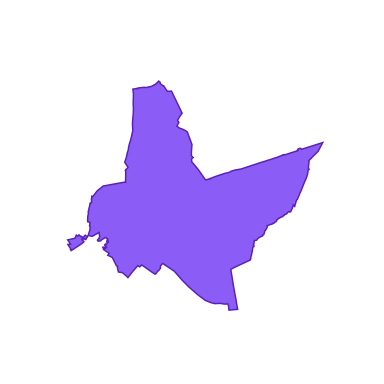 Daugavpils, Daugavpils, Latvia (Mercator projection), rotated 43°
{"feature_id": "27541924B86608938053042", "entity_name": "Daugavpils", "entity_type": "district", "adm_level": 2, "iso_a3": "LVA", "parent_name": "Latvia", "parent_adm1": "Daugavpils", "projection": "mercator", "projection_center": [26.527, 55.896], "detail": "fine", "context": "isolated", "style": "filled", "palette": "violet", "viewbox_px": 384, "rotation_deg": 43, "n_neighbors": 0, "source": "geoboundaries", "source_scale": "gbopen_adm2", "svg_char_len": 5887}
<svg xmlns="http://www.w3.org/2000/svg" viewBox="0 0 384 384"><g transform="rotate(43 192 192)"><path d="M299.1,242.0L297.7,240.8L297.5,240.7L288.2,233.8L273.1,222.1L274.4,218.4L281.0,201.9L280.8,201.4L280.7,201.2L279.8,199.9L279.2,199.2L278.5,197.6L276.6,194.6L276.6,194.3L274.4,191.3L274.2,190.2L274.5,189.6L274.1,189.3L272.9,188.2L272.8,188.3L272.5,187.6L272.1,186.9L270.7,185.0L271.2,184.3L271.9,183.6L272.1,182.9L272.0,182.3L271.9,181.2L272.1,179.9L272.6,178.2L273.4,176.4L273.5,176.2L273.2,175.9L273.0,175.1L273.3,174.9L273.5,174.6L273.4,173.9L273.2,173.6L272.6,172.1L272.2,171.7L271.9,171.0L271.9,170.1L271.7,169.8L271.8,169.5L271.6,168.3L271.1,166.9L270.5,165.8L270.0,165.4L270.1,165.2L271.2,162.9L271.9,161.6L272.3,161.0L272.6,160.5L272.7,160.2L272.5,159.8L272.6,159.4L272.7,159.2L273.0,159.2L273.3,158.2L273.2,157.8L273.3,157.4L273.5,156.8L273.7,156.3L273.6,156.0L273.4,155.7L273.4,155.0L273.1,154.8L273.0,154.5L273.1,154.2L273.3,153.9L273.3,153.7L273.2,153.5L273.2,153.3L273.3,152.6L273.5,152.4L273.6,152.0L273.7,151.8L273.8,151.5L273.7,151.2L274.0,150.6L274.1,150.1L274.1,149.9L274.4,149.5L274.7,149.0L274.8,148.8L274.8,148.3L274.8,148.2L275.0,148.1L275.1,147.6L275.0,147.0L275.0,146.7L275.3,146.4L275.2,146.0L275.1,145.7L275.2,145.1L275.6,144.8L276.1,143.5L276.0,142.6L275.9,141.8L276.2,140.1L277.2,140.0L277.6,139.3L277.5,138.7L276.9,137.0L276.5,135.5L275.9,134.6L275.7,133.7L274.9,132.5L276.9,132.5L274.0,126.8L274.1,125.5L273.2,123.3L272.6,121.4L271.7,119.2L271.2,117.4L270.5,115.7L267.3,107.5L266.8,105.7L265.7,103.0L265.2,101.8L263.4,98.7L262.0,96.7L262.0,96.2L262.3,95.7L262.0,95.4L261.1,95.4L260.3,94.5L259.4,93.4L256.7,89.7L256.3,89.6L256.0,89.4L256.2,86.2L256.2,83.9L256.2,82.4L256.5,76.3L254.7,69.6L253.9,66.7L243.0,86.1L242.0,85.9L240.9,86.7L240.3,88.0L240.5,89.4L241.2,89.5L234.1,102.3L233.6,102.1L233.2,102.9L232.4,104.9L230.3,109.2L229.1,111.1L227.8,113.8L225.9,116.9L224.0,120.4L222.3,123.3L212.1,141.9L208.5,146.5L206.3,150.4L206.5,150.8L204.7,154.1L203.6,155.5L200.8,160.5L198.1,165.6L196.4,169.2L196.5,169.3L196.2,169.6L196.4,169.7L195.7,171.0L195.5,170.9L193.8,173.9L191.5,173.5L181.2,171.3L174.4,170.4L171.2,170.1L169.0,167.8L169.4,166.0L166.8,165.9L164.1,162.9L159.6,157.3L148.2,151.6L147.3,151.3L146.0,151.5L144.5,151.8L143.7,152.1L142.4,152.4L139.3,153.8L138.6,153.8L136.1,154.2L135.8,153.2L134.9,150.0L132.5,149.5L132.0,147.1L131.6,145.5L131.0,141.1L108.2,132.2L105.3,135.2L101.8,134.4L98.8,133.6L98.6,133.7L98.2,134.1L96.9,134.2L95.3,134.5L93.8,133.5L92.0,133.6L92.0,135.6L91.8,138.0L91.3,139.3L90.9,140.8L90.2,142.6L87.4,146.6L86.5,147.4L85.3,148.4L85.1,148.7L83.9,150.0L81.9,152.4L81.5,153.1L81.3,153.3L81.6,153.8L80.9,154.1L78.6,157.1L82.4,160.3L82.9,161.0L85.3,163.5L85.5,163.9L87.4,166.0L90.0,168.8L92.3,170.9L92.9,171.7L95.4,174.5L101.2,181.9L103.7,184.5L106.6,187.2L107.3,188.3L109.7,192.3L112.1,196.7L113.7,200.1L115.0,202.3L116.8,204.9L117.9,207.4L120.4,211.5L122.5,216.1L128.4,217.6L128.6,220.1L128.3,220.3L128.2,220.5L128.3,220.9L128.6,221.3L128.5,221.7L129.5,222.2L129.9,222.6L131.4,224.2L136.1,229.5L136.8,230.1L136.4,230.2L123.0,248.1L121.9,255.9L122.6,263.0L121.6,263.4L123.2,265.4L123.2,265.7L125.8,268.2L125.8,268.4L125.3,269.0L125.1,269.4L125.8,270.4L125.6,270.5L126.9,272.5L127.2,273.1L127.4,273.5L129.1,276.4L129.5,277.1L129.9,277.5L130.1,277.4L131.1,278.8L131.7,279.6L132.1,280.5L133.0,281.6L134.1,283.0L136.0,284.9L138.0,283.8L140.2,286.6L140.4,286.8L140.9,286.6L141.3,287.0L142.1,288.0L143.4,289.7L144.0,291.1L144.1,291.4L145.4,294.0L145.5,294.2L145.8,295.2L146.0,295.8L146.0,296.1L143.3,296.4L143.5,299.8L141.6,299.8L141.6,300.4L138.6,300.4L138.6,302.3L136.8,302.4L137.9,305.7L136.9,307.2L133.7,311.8L138.0,312.8L138.2,313.0L138.5,312.9L138.8,313.0L137.0,315.0L139.1,315.6L139.9,315.8L140.1,315.7L140.6,315.8L141.1,316.1L141.7,316.2L142.3,316.5L142.2,316.8L143.1,317.0L143.3,317.2L143.6,317.3L144.6,313.3L145.4,310.0L145.6,309.1L146.3,306.2L146.7,304.1L146.9,302.1L143.7,301.9L143.6,300.3L145.4,300.3L145.5,299.2L146.7,299.2L146.1,296.1L145.7,294.4L147.4,293.6L149.3,292.4L151.6,284.9L152.8,286.0L153.2,286.3L153.5,286.5L154.1,286.8L154.2,287.0L154.6,287.1L154.8,287.4L155.1,287.7L155.1,288.0L155.2,288.8L155.7,289.1L155.5,291.1L155.6,291.5L155.8,291.7L156.0,291.9L156.4,292.0L157.0,291.9L157.2,291.6L157.3,291.1L157.9,290.8L158.6,289.9L158.6,289.6L158.4,289.2L158.5,288.7L158.5,288.3L158.6,288.1L159.0,286.9L159.0,286.4L159.5,285.2L159.6,284.6L159.9,284.2L160.0,284.1L160.8,284.0L161.6,284.3L161.8,284.2L162.0,284.0L162.2,283.7L162.5,283.7L163.0,284.3L163.3,284.6L164.5,285.1L164.6,285.3L164.7,285.5L163.4,285.2L163.2,285.3L163.1,285.5L163.6,285.7L163.8,285.9L163.8,286.0L163.6,286.4L163.6,286.6L163.8,286.8L164.3,286.7L164.7,286.8L164.9,287.0L165.0,287.4L165.0,287.8L164.9,288.2L164.4,288.7L164.2,289.3L164.2,290.2L164.3,290.3L164.5,290.4L164.7,290.0L165.0,289.8L165.3,289.7L165.4,289.8L165.7,290.6L165.9,290.8L166.2,291.0L166.3,291.0L166.7,291.0L167.2,290.7L167.4,290.8L167.4,291.0L166.5,291.5L166.4,291.6L166.4,291.9L166.5,292.0L166.9,292.2L167.0,292.3L167.1,292.5L167.0,292.8L166.6,292.9L165.9,292.3L165.6,292.2L165.0,292.6L164.5,293.0L164.4,293.2L164.4,293.3L164.7,293.5L165.3,293.6L165.8,293.5L166.4,294.2L166.5,294.4L169.4,294.0L173.2,293.3L173.5,295.7L178.4,294.2L187.1,297.5L188.2,297.1L189.7,298.8L192.8,300.7L195.9,298.6L197.6,298.2L198.1,298.4L199.0,298.3L201.3,298.2L203.5,298.3L203.2,294.6L202.9,291.2L202.7,286.1L202.6,282.7L204.8,282.4L205.0,281.3L205.0,280.1L205.1,279.6L215.3,278.2L217.0,278.0L220.0,277.5L220.9,277.3L221.4,276.7L221.0,273.9L220.9,273.1L221.2,272.7L221.2,271.8L221.1,271.5L221.2,271.1L221.0,270.7L220.9,270.0L221.0,269.7L221.0,269.4L219.3,267.4L219.3,264.2L233.2,262.0L244.9,263.2L254.4,263.6L266.3,263.2L275.6,262.2L281.5,259.9L284.8,258.1L288.6,254.2L291.8,252.1L294.8,249.3L296.4,250.5L299.6,253.2L305.4,246.7L299.1,242.0Z" fill="#8b5cf6" stroke="#5b21b6" stroke-width="1.5"/></g></svg>